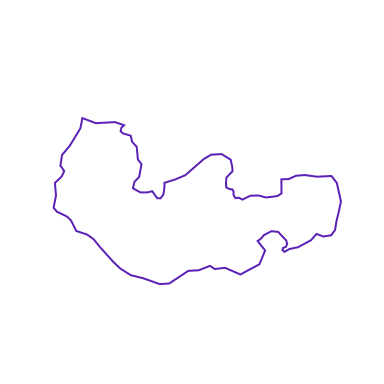 Nyong-et-So, Centre, Cameroon, rotated 44°
{"feature_id": "32672807B23369878558765", "entity_name": "Nyong-et-So", "entity_type": "district", "adm_level": 2, "iso_a3": "CMR", "parent_name": "Cameroon", "parent_adm1": "Centre", "projection": "natural_earth1", "projection_center": [11.573, 3.467], "detail": "fine", "context": "isolated", "style": "outline", "palette": "violet", "viewbox_px": 384, "rotation_deg": 44, "n_neighbors": 0, "source": "geoboundaries", "source_scale": "gbopen_adm2", "svg_char_len": 1608}
<svg xmlns="http://www.w3.org/2000/svg" viewBox="0 0 384 384"><g transform="rotate(44 192 192)"><path d="M186.9,144.2L179.8,151.9L177.6,160.2L177.4,162.4L175.5,184.6L171.1,194.8L165.8,204.5L169.2,208.1L173.1,213.6L173.8,218.4L171.3,220.6L162.8,219.1L160.2,223.3L155.2,228.1L154.2,228.4L146.9,230.3L143.5,224.6L143.5,217.8L136.3,207.0L130.5,206.2L120.8,197.9L114.1,197.5L108.7,194.1L101.9,197.7L98.6,198.0L96.5,194.8L96.7,191.2L88.1,195.2L75.0,209.3L61.8,215.0L67.5,223.8L72.0,243.9L72.8,255.7L79.2,264.7L80.3,264.6L85.6,265.8L87.5,271.5L87.1,280.7L96.6,289.0L103.4,299.5L108.7,300.0L109.8,299.5L119.3,296.5L124.6,296.5L126.4,297.1L135.9,300.4L145.8,295.6L152.6,294.5L154.1,294.3L164.3,295.6L168.1,295.8L183.2,296.9L193.8,296.9L195.0,296.6L205.9,294.3L216.5,288.1L218.0,287.4L223.9,284.7L232.8,280.7L239.2,273.6L244.1,251.3L250.2,244.7L251.3,243.5L256.2,232.7L261.9,231.6L268.4,223.6L284.1,217.7L290.7,197.1L285.2,183.2L273.3,181.7L274.0,177.6L273.7,173.0L276.3,165.1L281.7,160.8L286.1,161.1L293.4,161.4L296.7,163.3L297.6,166.5L296.3,169.1L297.4,170.9L300.1,170.8L301.6,165.5L306.6,158.1L308.0,153.6L311.1,144.0L310.7,135.7L317.5,132.7L322.2,126.4L321.3,120.0L315.9,112.2L311.5,104.6L305.8,95.4L298.6,90.6L289.9,84.9L281.2,83.6L273.7,91.6L271.4,94.1L262.9,100.3L261.2,101.6L255.5,108.1L252.5,115.6L247.5,120.8L257.4,130.9L256.2,135.7L249.1,144.5L242.4,148.2L236.6,154.1L233.6,162.4L229.6,163.6L227.7,166.1L224.5,165.6L221.2,162.6L219.2,162.1L217.1,163.8L213.5,164.9L210.0,161.7L206.7,157.6L206.7,148.9L203.9,146.3L201.3,144.5L197.3,141.9L186.9,144.2Z" fill="none" stroke="#5b21b6" stroke-width="2"/></g></svg>